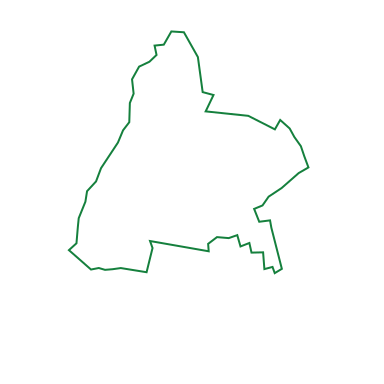 the district of Pinhal, Rio Grande do Sul, Brazil, rotated 37°
{"feature_id": "56859067B67721139652283", "entity_name": "Pinhal", "entity_type": "district", "adm_level": 2, "iso_a3": "BRA", "parent_name": "Brazil", "parent_adm1": "Rio Grande do Sul", "projection": "orthographic", "projection_center": [-53.229, -27.534], "detail": "fine", "context": "isolated", "style": "outline", "palette": "green", "viewbox_px": 384, "rotation_deg": 37, "n_neighbors": 0, "source": "geoboundaries", "source_scale": "gbopen_adm2", "svg_char_len": 895}
<svg xmlns="http://www.w3.org/2000/svg" viewBox="0 0 384 384"><g transform="rotate(37 192 192)"><path d="M89.4,69.3L78.9,76.2L80.8,91.3L74.0,97.6L81.2,103.9L79.6,113.6L74.3,123.7L76.3,138.1L86.2,148.6L88.8,158.3L99.9,174.0L99.8,184.2L103.1,197.1L105.0,227.7L109.0,241.3L107.7,254.5L112.7,263.9L117.3,281.1L121.8,288.5L130.6,302.5L128.7,312.5L158.0,314.7L163.3,308.8L169.4,306.5L175.0,301.5L180.9,295.6L204.0,283.4L194.2,260.5L188.0,256.4L241.0,229.3L236.1,223.7L239.1,213.0L249.1,206.7L254.1,199.2L263.5,206.3L268.5,198.2L276.0,204.6L285.1,197.4L296.2,210.0L301.4,203.4L306.9,207.0L310.0,199.3L276.9,172.8L271.4,167.7L263.6,175.3L251.8,168.1L256.4,160.3L256.0,149.6L261.2,134.9L265.8,112.7L270.2,102.3L260.2,95.9L251.4,89.9L240.7,86.5L231.8,82.5L219.1,81.4L220.5,92.1L191.1,97.3L154.4,119.4L150.8,101.6L140.4,105.8L115.5,80.7L89.4,69.3Z" fill="none" stroke="#15803d" stroke-width="2"/></g></svg>